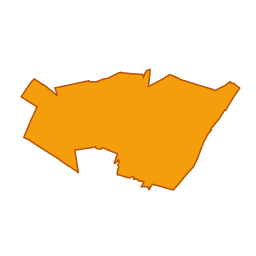 Vrata, Mehedinti, Romania, rotated 274°
{"feature_id": "2599482B32137491350776", "entity_name": "Vrata", "entity_type": "district", "adm_level": 2, "iso_a3": "ROU", "parent_name": "Romania", "parent_adm1": "Mehedinti", "projection": "albers", "projection_center": [22.837, 44.188], "detail": "fine", "context": "isolated", "style": "filled", "palette": "amber", "viewbox_px": 256, "rotation_deg": 274, "n_neighbors": 0, "source": "geoboundaries", "source_scale": "gbopen_adm2", "svg_char_len": 5641}
<svg xmlns="http://www.w3.org/2000/svg" viewBox="0 0 256 256"><g transform="rotate(274 128 128)"><path d="M188.0,146.0L187.9,145.6L186.8,142.9L186.4,142.6L184.4,141.4L179.8,139.8L181.5,139.3L182.0,139.2L182.3,139.1L182.4,138.9L182.5,135.2L182.5,133.1L182.4,132.8L182.4,132.3L182.4,131.0L182.4,129.0L182.4,126.5L182.4,125.7L182.5,125.3L182.5,122.2L182.6,121.3L182.6,120.0L182.7,119.1L182.7,118.0L182.6,117.2L183.1,117.0L183.0,116.8L183.0,116.7L182.5,115.1L182.3,114.7L180.6,111.9L180.4,111.4L179.9,110.5L179.0,109.2L178.5,108.2L177.2,106.3L177.1,106.1L176.8,105.7L176.4,104.9L176.0,103.7L175.7,102.6L175.6,102.1L175.1,100.0L174.9,99.5L173.3,96.1L172.7,94.9L172.1,93.6L172.0,93.2L171.8,92.0L171.8,91.9L171.7,90.6L171.3,86.7L171.6,86.3L172.2,86.1L172.4,85.9L172.4,85.7L172.3,85.3L169.8,76.5L169.1,73.9L168.9,73.5L168.8,73.1L167.9,70.2L167.2,67.7L166.5,65.2L166.0,63.3L165.0,59.9L163.4,54.3L162.9,52.3L155.7,55.2L155.5,54.7L159.0,50.2L161.5,46.4L163.1,44.2L164.6,42.1L164.9,41.4L165.6,39.9L166.8,37.7L168.8,34.0L170.4,31.1L167.5,28.4L167.1,28.2L166.2,27.9L165.8,27.4L165.7,27.3L161.3,24.8L159.2,23.5L156.4,22.0L155.8,21.7L154.8,20.9L154.2,20.6L153.8,20.4L153.0,20.0L151.7,19.3L150.5,21.5L150.1,22.1L149.7,23.2L149.0,24.2L148.4,25.2L148.2,25.6L147.9,26.3L147.7,26.7L147.3,27.5L146.8,28.2L146.2,29.2L145.7,30.4L145.3,30.9L145.2,31.6L145.0,31.8L144.0,33.4L143.8,33.9L143.2,34.9L142.8,35.7L142.7,35.7L140.6,34.9L139.9,34.7L137.5,33.8L137.0,33.6L134.4,32.7L133.1,32.1L129.3,30.7L124.9,29.3L116.3,26.3L115.7,26.2L113.5,25.4L111.3,24.7L110.8,25.6L110.2,27.5L109.6,28.4L109.8,28.6L109.8,28.8L109.7,29.2L109.5,29.8L109.4,30.0L109.2,30.3L108.1,32.0L107.8,32.5L107.5,33.0L106.4,34.9L106.1,35.5L105.4,36.6L105.3,36.9L104.7,37.9L104.5,38.4L103.3,40.5L103.0,41.1L102.5,41.8L102.1,42.7L99.1,48.2L98.8,48.9L97.7,50.8L97.6,51.2L97.3,51.6L96.2,53.5L96.2,53.8L95.6,54.9L95.3,55.5L94.7,56.4L94.5,56.7L94.4,56.9L94.2,57.3L94.1,57.7L93.7,58.3L93.3,59.3L92.5,60.7L91.4,62.2L90.7,63.4L90.6,63.6L90.3,64.1L89.9,64.8L89.5,65.1L89.3,65.4L89.0,65.8L88.8,66.3L88.5,66.9L88.4,67.4L87.7,68.2L87.5,68.6L87.2,69.4L86.9,69.7L86.0,71.2L85.7,71.8L85.6,72.3L84.9,73.5L84.8,73.8L84.6,74.1L84.4,74.3L83.8,75.2L83.7,75.4L83.2,76.0L82.8,77.0L82.1,78.2L81.9,78.6L80.9,80.3L80.5,80.7L80.2,81.0L80.4,81.6L90.0,79.3L98.4,77.4L102.1,76.4L102.3,76.4L102.3,76.9L102.6,77.9L102.7,78.9L103.5,82.3L103.8,83.8L104.3,85.7L104.6,87.6L105.1,89.5L105.1,90.0L105.9,92.8L106.2,94.1L106.5,95.3L106.8,96.7L106.8,97.1L106.7,97.3L105.9,97.2L105.8,97.4L105.6,97.7L105.2,98.8L105.1,99.7L105.1,100.2L105.0,102.2L105.0,102.4L105.5,102.8L105.6,103.1L105.8,103.4L106.4,103.6L106.6,103.8L106.6,104.2L106.3,104.8L105.9,105.9L105.7,106.6L105.0,108.4L102.1,117.4L101.5,119.2L101.5,119.4L101.3,119.4L98.3,118.5L97.8,118.1L97.4,118.2L96.7,118.0L96.4,118.1L94.6,117.4L92.9,116.8L92.1,116.8L91.7,117.2L91.7,117.4L91.9,117.8L93.5,119.1L94.0,119.8L94.7,120.3L95.3,120.3L95.6,120.5L95.4,120.7L95.0,121.0L94.5,121.3L94.1,121.4L92.0,121.0L90.6,120.4L90.3,120.5L89.9,120.9L88.9,121.0L88.4,121.4L88.2,121.5L87.8,121.4L86.1,120.8L83.9,120.5L81.9,120.4L81.3,120.6L80.8,120.6L80.6,120.7L80.4,121.9L80.4,122.2L80.5,122.9L80.4,123.3L80.2,123.8L80.0,124.7L79.9,125.1L79.7,125.8L79.6,126.7L79.4,127.0L79.4,127.6L79.4,127.9L79.4,128.2L79.2,128.3L79.1,129.0L78.7,129.8L78.6,130.8L78.5,131.2L78.4,131.6L78.5,132.2L78.5,132.5L78.4,132.9L78.4,133.3L78.5,133.6L78.8,134.0L79.1,134.6L79.1,135.0L79.3,135.3L79.6,135.7L79.7,136.2L79.8,136.6L79.7,137.1L78.7,137.2L77.6,137.0L77.4,137.0L77.2,137.7L77.2,137.8L77.5,138.5L77.7,138.8L77.9,139.0L78.0,139.4L78.0,139.7L77.6,140.1L77.5,140.4L77.3,140.9L76.9,141.3L76.5,141.5L76.2,142.1L76.1,142.6L75.9,142.9L75.8,143.7L75.9,144.1L76.1,144.1L76.1,144.3L76.0,144.9L75.8,145.0L75.8,145.3L75.7,146.0L75.5,146.6L75.5,146.8L75.4,147.0L75.2,147.3L75.2,147.6L74.0,146.9L73.1,146.6L71.4,145.8L70.4,145.3L70.4,145.9L70.5,146.4L70.7,147.9L70.7,148.6L70.6,150.2L70.5,150.3L70.5,151.5L70.5,151.9L70.1,152.6L69.3,152.7L68.4,152.7L68.2,152.8L68.0,153.1L68.4,153.4L69.0,153.9L69.1,154.0L69.3,154.2L69.5,154.2L69.8,154.3L70.1,154.3L70.1,154.2L70.3,154.2L70.4,154.3L71.1,154.9L71.4,154.8L72.6,155.4L72.4,155.4L72.4,155.5L72.8,155.9L73.0,155.9L73.6,156.4L73.4,157.2L72.9,158.8L72.9,159.3L72.9,159.5L72.8,160.6L72.6,161.1L72.4,162.6L71.8,166.0L71.5,167.4L71.2,168.1L69.3,177.4L75.7,182.5L85.4,189.3L93.4,195.7L101.6,199.2L110.2,201.7L118.8,204.3L127.1,208.0L131.7,211.3L132.4,210.3L143.1,218.1L152.8,223.3L152.4,224.2L160.7,228.3L168.5,232.5L175.6,236.7L179.8,230.4L179.6,230.1L179.9,229.8L179.9,229.5L179.5,228.6L180.3,227.8L180.6,227.6L181.4,226.6L180.1,225.5L179.8,225.3L179.9,224.6L179.7,224.4L178.0,222.8L177.4,222.2L176.6,220.8L176.4,220.5L175.9,219.6L175.0,218.0L174.2,216.7L173.6,215.5L172.1,213.4L171.4,212.5L172.3,210.1L173.3,206.1L173.4,205.8L173.4,205.4L173.5,205.1L173.5,204.8L173.6,204.3L173.8,203.6L174.0,202.8L174.0,202.3L174.7,199.9L174.8,199.2L174.9,198.8L175.2,197.5L175.5,196.3L175.5,195.9L175.7,195.6L175.7,194.8L176.0,193.9L176.3,192.5L176.6,191.3L176.9,190.4L176.9,190.2L177.0,189.8L177.3,189.0L177.4,188.4L177.6,187.6L177.6,187.0L177.7,186.7L177.8,186.4L178.0,185.4L178.1,184.7L178.5,183.4L178.8,182.7L179.1,181.8L179.2,181.2L179.2,180.8L179.2,180.5L179.3,180.1L179.5,179.1L179.7,178.1L179.8,177.4L179.9,177.1L180.5,176.3L181.2,174.3L181.6,173.6L181.7,173.2L182.5,171.4L183.0,169.9L183.2,169.1L183.5,168.1L183.8,167.1L184.2,166.0L184.1,165.8L179.1,158.9L176.5,154.7L175.7,153.4L174.1,150.9L171.6,146.7L170.8,145.5L171.0,145.4L171.5,145.4L174.7,145.6L175.4,145.7L177.2,145.9L179.2,145.8L181.1,145.9L182.2,146.0L184.1,145.9L188.0,146.0Z" fill="#f59e0b" stroke="#b45309" stroke-width="1.5"/></g></svg>